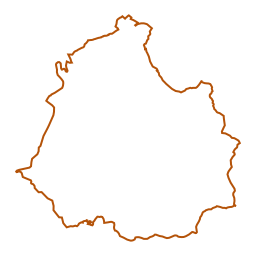 Chisindia, Arad, Romania
{"feature_id": "2599482B8925647797372", "entity_name": "Chisindia", "entity_type": "district", "adm_level": 2, "iso_a3": "ROU", "parent_name": "Romania", "parent_adm1": "Arad", "projection": "natural_earth1", "projection_center": [22.109, 46.245], "detail": "fine", "context": "isolated", "style": "outline", "palette": "amber", "viewbox_px": 256, "rotation_deg": 0, "n_neighbors": 0, "source": "geoboundaries", "source_scale": "gbopen_adm2", "svg_char_len": 5527}
<svg xmlns="http://www.w3.org/2000/svg" viewBox="0 0 256 256"><path d="M236.0,206.1L235.4,205.7L234.9,205.2L234.5,204.8L234.0,204.2L234.5,200.9L234.3,198.0L233.2,195.0L233.3,193.2L234.9,190.8L234.5,188.7L231.0,183.2L230.7,182.7L230.5,182.3L228.5,177.8L227.5,174.3L228.0,172.8L228.5,171.5L230.2,169.1L231.8,167.0L231.0,164.3L230.9,162.1L230.8,161.3L230.7,160.2L232.6,157.0L234.7,154.6L234.5,153.2L233.3,152.1L234.7,149.5L235.5,148.7L236.2,148.1L236.4,147.9L236.5,147.9L237.1,147.3L237.5,144.7L239.8,143.1L239.2,141.8L238.5,140.6L236.7,139.5L234.4,138.2L231.8,137.8L230.0,135.7L228.2,134.8L227.4,134.4L225.4,133.4L222.1,133.0L221.9,131.5L223.9,127.1L224.8,125.4L224.5,123.1L224.3,121.8L223.8,117.9L223.7,115.9L219.6,113.1L218.0,112.7L217.0,112.2L216.8,112.0L216.7,111.8L216.3,111.3L215.9,110.7L215.4,110.0L214.3,109.1L213.9,107.4L213.1,105.8L213.6,104.9L213.7,104.3L213.3,103.5L212.6,102.9L212.7,102.3L212.9,101.7L213.0,101.0L212.4,100.4L212.3,99.8L211.9,99.2L211.8,98.9L211.0,98.1L210.2,97.4L209.8,96.4L209.8,95.0L210.2,94.2L211.0,93.8L211.4,93.3L211.6,92.2L212.1,91.7L212.6,91.1L212.3,90.5L211.8,88.7L211.9,88.0L212.1,87.3L211.5,86.1L211.0,85.3L210.6,84.5L210.3,84.1L208.7,83.5L206.0,83.3L204.5,83.1L201.9,82.1L201.6,81.2L201.4,81.2L201.1,81.7L200.9,82.0L199.0,84.8L197.1,87.0L195.8,87.9L192.7,87.9L191.8,88.2L190.2,87.8L188.3,88.5L186.3,89.0L184.9,90.6L181.0,92.4L179.3,91.6L175.7,91.0L172.0,88.9L166.9,84.5L165.9,83.6L165.0,82.6L162.7,80.3L161.3,77.5L159.3,75.4L159.0,74.1L158.7,72.7L156.9,70.8L157.6,70.4L156.7,68.7L152.7,66.5L150.1,61.5L148.9,56.7L148.3,55.3L147.9,54.5L147.4,53.3L146.4,51.5L146.2,50.0L146.1,49.8L146.0,48.9L145.0,49.2L145.0,48.3L144.6,46.9L143.9,45.1L144.6,44.0L145.2,43.8L145.9,43.6L147.2,40.2L148.4,38.9L148.2,36.3L149.7,34.9L150.3,33.9L149.8,31.5L151.9,28.3L149.0,25.9L147.2,24.3L145.8,23.8L143.7,23.3L141.4,23.3L138.5,23.9L137.4,24.3L135.6,25.6L135.2,25.2L137.4,23.4L137.8,22.7L134.7,20.8L133.2,20.0L130.7,19.0L131.4,17.5L128.8,15.4L128.0,15.9L127.2,16.6L126.7,17.1L126.0,17.7L125.5,18.1L125.3,18.3L125.2,18.3L125.0,18.6L122.4,16.3L121.2,17.3L120.1,17.7L119.2,18.3L118.3,18.9L117.5,19.6L117.1,20.2L116.8,21.3L116.7,22.5L116.4,24.3L115.9,25.5L115.5,26.5L117.9,28.5L117.9,28.8L118.0,29.1L118.3,29.6L116.8,30.4L116.2,30.8L115.0,31.6L113.7,32.6L112.4,33.5L111.8,33.8L111.0,33.7L110.2,33.8L109.3,34.1L108.4,34.6L108.5,35.0L106.8,35.6L106.5,35.7L105.5,35.8L105.0,35.8L104.9,35.7L103.4,36.1L103.4,36.3L103.2,36.4L102.4,36.7L102.2,36.8L101.3,37.1L101.2,37.3L100.9,37.3L100.1,37.6L98.4,37.9L98.1,38.0L96.8,38.4L95.1,39.0L94.1,39.2L93.0,39.7L91.6,40.0L90.8,40.0L89.5,40.2L88.0,40.3L87.6,41.4L86.9,42.2L86.2,43.1L84.9,44.1L84.6,44.5L84.5,45.1L84.3,46.0L83.9,46.8L82.7,47.6L81.8,47.8L80.3,48.6L79.9,48.8L77.6,50.0L77.1,50.5L76.3,50.8L75.1,51.3L74.1,52.1L72.4,54.6L68.3,54.5L70.4,58.9L70.7,59.6L70.7,59.8L71.0,60.9L71.2,61.4L71.3,61.7L71.8,62.6L69.8,62.8L66.8,61.5L66.0,65.5L66.3,67.4L67.5,70.6L67.3,71.4L66.9,71.8L66.0,71.5L65.5,70.8L65.0,69.4L64.1,68.8L63.4,68.9L62.3,69.6L61.8,69.6L61.1,68.3L60.7,63.4L59.3,62.1L58.1,62.1L56.4,63.4L56.2,63.9L56.0,64.4L56.1,65.4L57.0,69.7L56.9,72.1L57.7,75.0L60.0,77.4L61.7,79.4L63.1,81.4L63.3,83.1L63.0,85.7L62.2,87.9L54.8,92.8L51.4,94.5L50.8,95.4L49.3,96.0L47.8,98.2L46.3,100.8L48.1,102.3L52.2,105.3L53.7,107.0L54.1,107.5L54.0,111.8L53.4,115.2L49.0,125.2L47.6,128.1L43.5,136.0L41.4,142.9L40.5,145.9L38.8,147.5L38.6,151.3L37.4,154.2L32.1,158.8L31.4,162.2L31.0,166.3L29.5,167.6L22.2,169.2L19.3,169.8L17.0,170.6L16.2,171.5L16.6,172.1L17.5,172.0L18.6,171.3L20.1,171.7L21.0,172.2L21.8,173.3L22.3,175.2L22.8,177.0L27.8,179.1L30.8,180.3L31.3,181.4L31.0,183.0L31.4,183.6L33.3,184.3L34.6,186.1L34.7,188.0L38.6,192.2L41.6,192.1L47.6,198.3L52.3,200.6L53.6,205.9L53.5,210.2L59.1,217.3L61.9,217.5L63.3,223.2L66.7,227.3L70.6,226.2L72.9,226.4L75.3,225.7L77.0,226.2L78.4,224.9L78.9,223.7L80.0,223.0L81.2,222.4L82.8,222.6L82.7,221.8L84.0,221.1L85.4,220.9L86.2,220.7L86.6,220.2L86.9,220.3L86.5,221.1L87.1,221.6L87.8,222.2L88.8,221.4L89.2,221.2L89.9,221.1L90.5,221.4L90.3,221.7L89.7,221.9L89.4,221.8L88.3,222.2L88.3,222.4L89.3,222.3L88.9,222.5L89.0,222.8L90.2,222.8L89.7,223.1L88.7,223.0L88.4,222.9L88.5,223.2L88.9,223.2L88.7,223.4L88.1,223.4L87.8,224.0L90.9,224.7L91.0,225.0L92.4,225.3L93.0,224.5L93.3,221.7L94.3,220.9L95.3,219.2L97.4,216.7L98.6,216.8L99.8,217.0L101.0,216.6L101.6,216.9L102.3,217.0L103.5,218.9L104.0,220.9L104.2,222.9L107.6,222.4L110.4,221.9L111.9,221.9L114.1,223.0L114.4,224.9L114.0,227.2L114.2,228.8L115.0,230.6L116.2,230.8L117.9,232.2L118.9,233.6L120.0,236.1L121.4,236.7L123.5,237.6L127.2,239.6L130.5,240.6L131.7,240.6L133.0,240.3L134.7,239.4L135.4,237.5L136.9,237.2L138.9,237.2L141.5,237.9L143.9,238.9L145.5,238.9L147.4,238.8L150.2,237.0L152.0,236.5L153.5,235.8L154.9,234.6L156.1,234.7L159.3,235.9L159.5,236.0L162.5,236.5L165.0,237.5L166.9,238.1L169.1,237.8L171.8,236.7L174.5,235.5L175.8,235.4L177.0,235.7L178.3,236.7L178.5,236.7L179.4,236.9L181.7,237.1L183.2,237.0L183.6,237.0L185.7,236.3L189.0,234.5L190.9,233.0L192.2,232.0L192.6,232.1L193.1,232.1L194.5,232.7L195.5,233.1L196.2,233.0L196.9,232.1L196.7,230.9L196.1,226.9L196.9,224.8L197.0,224.6L198.5,222.1L198.9,221.4L199.9,219.1L200.2,217.3L200.4,217.0L201.3,215.9L202.2,213.9L202.6,212.7L203.3,211.9L205.1,211.0L205.8,210.3L208.7,209.3L211.2,209.3L212.9,208.0L215.8,207.0L216.8,206.2L217.3,206.3L219.1,206.7L220.3,207.0L222.8,207.9L224.9,207.9L226.2,208.3L227.2,207.6L228.3,207.3L230.1,207.0L231.6,206.9L232.7,206.5L234.0,205.7L234.4,205.6L235.3,205.9L236.0,206.1Z" fill="none" stroke="#b45309" stroke-width="2"/></svg>